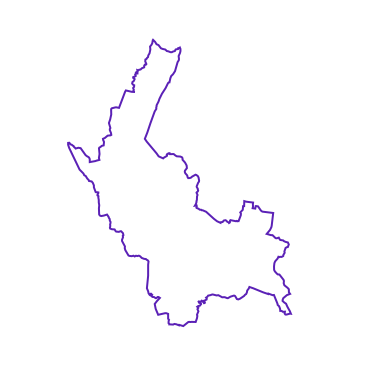 the district of Pleiku, Gia Lai, Vietnam, rotated 109°
{"feature_id": "81297802B26419635481013", "entity_name": "Pleiku", "entity_type": "district", "adm_level": 2, "iso_a3": "VNM", "parent_name": "Vietnam", "parent_adm1": "Gia Lai", "projection": "orthographic", "projection_center": [107.982, 13.96], "detail": "fine", "context": "isolated", "style": "outline", "palette": "violet", "viewbox_px": 384, "rotation_deg": 109, "n_neighbors": 0, "source": "geoboundaries", "source_scale": "gbopen_adm2", "svg_char_len": 6028}
<svg xmlns="http://www.w3.org/2000/svg" viewBox="0 0 384 384"><g transform="rotate(109 192 192)"><path d="M206.9,95.1L208.1,96.7L208.4,97.5L208.3,98.2L206.6,101.8L207.1,103.5L207.3,107.7L202.5,105.9L199.4,105.5L197.8,105.7L185.4,108.4L187.6,118.8L187.5,119.9L186.9,121.1L184.1,124.9L184.4,126.8L184.6,127.2L187.1,126.8L187.6,129.4L185.8,129.6L184.2,130.3L182.1,130.8L183.5,137.6L183.6,139.6L188.4,138.1L188.8,139.1L192.3,138.2L195.6,139.7L196.5,138.7L198.1,138.3L205.2,138.5L204.9,138.6L204.7,139.9L204.8,140.4L205.3,140.8L206.1,146.5L206.7,146.7L208.5,146.3L209.3,146.9L208.8,147.5L208.7,148.9L207.9,150.3L207.8,151.3L208.7,152.7L210.4,153.3L211.3,155.1L211.9,155.0L211.5,158.8L210.2,162.6L206.1,172.2L205.8,176.0L206.1,176.9L205.8,177.6L206.2,178.9L205.7,180.4L205.6,182.5L205.3,182.8L204.0,182.8L203.2,183.3L204.0,184.8L202.0,184.4L199.8,184.5L199.3,184.8L197.9,184.8L194.6,185.8L193.0,185.8L191.2,187.5L190.7,187.4L189.6,186.7L188.5,186.7L187.8,187.3L186.9,187.7L185.9,189.0L185.2,189.4L181.3,189.2L179.9,188.8L178.9,189.0L176.2,190.5L175.1,191.6L174.5,193.4L174.5,194.3L177.4,196.9L178.7,197.6L179.5,198.6L180.1,200.1L179.3,201.1L178.2,201.7L177.6,202.4L176.5,204.4L175.3,205.4L174.1,205.6L171.1,204.6L168.7,205.7L166.4,208.2L164.6,211.4L163.1,212.0L162.4,212.9L162.3,214.6L163.2,218.0L162.9,219.5L162.1,221.7L163.4,225.2L162.6,225.8L163.1,226.9L163.7,227.0L164.2,227.8L164.9,228.0L165.6,227.5L166.1,227.5L168.6,229.7L169.6,230.2L169.2,234.7L169.1,235.2L167.0,238.1L159.1,251.2L157.1,253.9L150.3,253.6L140.4,253.7L127.9,253.5L125.0,252.8L123.9,253.3L122.3,253.4L121.6,253.7L117.4,253.1L114.4,253.1L108.9,252.4L102.4,250.8L96.8,250.1L96.0,249.7L95.7,249.0L91.5,249.5L89.1,249.4L86.9,248.3L83.3,247.4L73.9,247.9L71.8,247.4L70.5,247.6L67.8,248.9L64.4,248.6L62.5,248.8L60.5,249.5L59.5,250.4L59.8,250.5L60.0,251.2L60.3,251.4L60.5,251.9L61.4,251.8L62.4,253.7L62.7,253.9L64.3,254.1L65.4,255.7L66.4,256.6L66.8,257.9L66.7,260.2L66.9,261.7L66.0,263.6L66.3,266.5L66.2,268.2L64.0,271.5L63.8,273.7L62.1,275.7L60.8,278.4L61.2,278.5L64.4,278.0L66.2,278.3L68.1,279.0L70.8,277.8L74.7,277.3L77.1,277.8L78.7,277.5L80.0,278.2L80.9,278.3L81.9,279.2L83.8,278.7L85.6,277.0L86.1,276.8L86.8,277.2L87.0,278.1L88.5,278.3L89.3,277.8L89.8,277.9L91.2,279.6L92.9,280.5L93.7,281.9L94.5,282.4L94.5,283.4L96.0,282.6L96.8,283.7L97.2,283.8L97.4,282.4L97.7,282.2L98.6,283.8L99.4,284.0L100.5,283.0L100.8,283.0L102.5,285.0L103.2,284.8L103.5,283.4L104.0,283.0L106.0,283.2L107.4,284.1L108.9,283.9L109.7,282.8L109.9,281.4L111.5,281.0L112.5,281.5L112.9,281.5L114.3,280.3L115.3,280.4L115.9,279.5L116.3,279.4L116.9,281.6L117.5,287.6L119.1,287.9L136.2,288.4L136.6,291.2L137.0,292.1L138.9,295.0L139.6,295.4L140.4,295.3L145.0,293.6L150.1,293.0L153.8,293.0L158.1,290.0L159.3,290.2L160.3,289.8L162.6,287.8L164.3,286.9L164.9,287.4L166.2,290.1L169.3,292.0L170.7,293.5L171.7,293.0L173.3,291.5L176.7,290.7L177.8,292.4L179.3,293.2L180.1,294.0L180.9,294.2L186.2,291.8L190.1,291.1L191.8,290.0L193.5,292.6L194.2,293.4L197.0,298.4L194.2,299.4L193.1,300.4L192.7,301.1L192.4,302.8L191.8,304.6L186.8,311.6L187.2,313.9L188.8,316.2L188.2,317.1L188.0,317.9L187.0,319.1L187.0,319.9L186.5,320.9L186.5,322.5L185.4,324.0L185.9,325.1L187.7,324.5L190.4,322.4L207.4,305.6L209.9,300.6L211.2,299.4L211.5,297.7L213.4,295.4L214.3,293.6L215.1,293.0L214.7,290.3L215.6,288.8L217.7,286.9L219.5,286.3L223.4,283.1L223.5,282.5L223.0,281.3L222.9,280.4L223.7,280.2L225.7,280.5L226.1,280.1L226.2,279.3L226.7,279.0L227.7,278.8L229.8,277.6L232.3,276.7L234.7,275.4L237.7,274.7L243.4,272.5L243.8,272.1L244.3,271.2L244.3,270.0L243.0,267.7L241.0,265.0L242.7,262.7L243.3,262.4L244.4,261.0L245.8,260.4L246.8,259.3L247.7,259.0L249.6,258.8L250.7,258.2L252.5,258.0L253.2,257.5L253.3,255.7L252.6,253.0L254.0,251.3L254.1,250.7L253.5,248.2L252.4,246.9L252.2,246.2L253.4,243.9L255.1,242.8L255.9,243.2L257.2,242.5L260.0,242.6L261.1,242.2L265.3,237.7L267.0,237.3L268.7,236.1L272.7,231.4L272.8,230.4L272.3,228.1L271.3,226.6L271.6,225.2L270.5,224.2L270.4,222.9L269.5,221.5L269.7,220.0L270.7,218.1L270.8,215.5L270.4,213.8L270.8,212.9L271.0,211.6L271.8,210.5L275.0,209.8L285.5,206.2L297.7,203.3L300.2,201.1L301.9,200.1L303.1,198.5L303.2,198.1L301.7,198.0L301.5,197.6L302.2,196.2L303.3,196.7L304.1,195.3L303.7,193.7L304.2,191.8L304.0,191.3L302.4,190.2L302.2,189.4L302.6,187.9L306.7,189.7L310.0,190.8L314.3,188.3L319.1,184.0L315.3,177.9L315.0,176.9L315.0,174.9L319.6,173.3L320.4,172.1L321.5,172.1L323.6,171.5L324.2,170.2L324.5,170.2L323.5,166.7L322.5,165.7L322.2,163.9L322.3,160.8L321.8,160.8L321.6,156.6L316.2,153.2L315.7,152.4L315.5,151.3L314.9,150.0L313.7,146.2L309.7,146.2L307.4,146.6L306.5,147.3L306.0,147.3L302.7,147.1L301.0,148.7L299.5,148.3L298.8,149.7L297.8,149.0L297.0,147.6L295.1,146.9L294.4,147.3L294.4,149.3L293.5,150.1L293.2,149.9L293.2,149.0L292.9,148.2L291.6,147.4L292.3,146.1L292.3,145.2L293.2,144.5L292.9,143.9L292.2,143.9L291.1,145.5L290.5,144.7L288.9,143.2L287.9,143.4L287.3,144.3L286.1,143.4L284.7,143.0L283.6,141.1L282.3,139.5L282.1,138.7L281.8,135.1L281.0,133.5L281.7,129.2L280.8,126.8L280.9,124.1L280.7,123.5L278.4,121.5L276.4,118.8L276.2,118.1L276.4,117.3L278.6,114.7L278.5,113.3L277.3,111.9L275.2,110.3L273.3,108.9L271.9,108.4L270.9,107.6L269.1,107.4L267.2,107.7L264.8,106.9L263.1,106.8L263.1,102.8L263.7,92.1L263.7,86.7L263.2,86.7L263.3,82.2L262.7,81.0L269.7,74.9L270.9,74.2L271.7,72.4L272.2,72.0L273.6,70.8L275.7,69.8L275.4,69.2L275.3,68.4L275.7,67.1L274.9,65.2L276.7,64.9L277.4,63.9L277.4,63.5L277.1,62.7L275.0,59.6L274.9,58.9L272.8,60.7L269.4,64.5L267.0,66.7L266.4,68.9L265.5,70.9L264.2,71.2L262.6,71.1L258.6,68.7L256.4,66.1L255.3,67.7L252.4,68.8L251.5,70.4L250.1,74.3L248.4,75.6L246.2,76.1L245.2,76.9L244.3,78.3L241.7,82.3L241.6,82.7L242.0,83.9L241.6,85.1L240.1,87.8L238.9,89.0L235.7,90.2L232.6,90.9L231.4,90.9L230.2,90.7L227.1,89.4L225.1,89.2L225.1,88.1L224.6,87.6L224.2,86.1L222.9,84.9L221.5,85.1L219.3,84.6L218.1,85.3L214.4,85.3L213.3,84.4L212.9,83.5L210.1,83.4L208.5,84.9L208.7,87.4L208.5,89.2L208.1,90.0L208.6,92.9L208.4,93.4L206.9,95.1Z" fill="none" stroke="#5b21b6" stroke-width="2"/></g></svg>